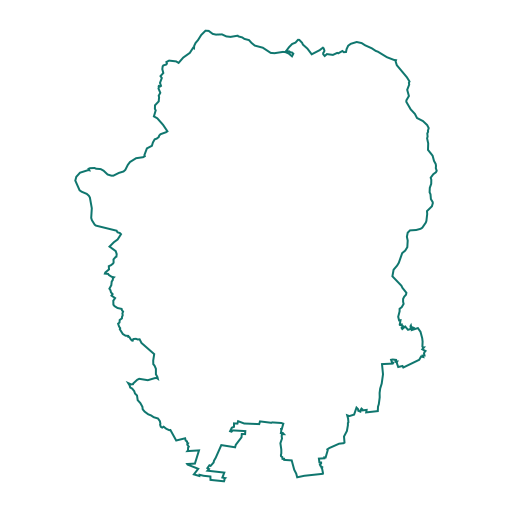 outline of Runcu, Gorj, Romania
{"feature_id": "2599482B30652708585896", "entity_name": "Runcu", "entity_type": "district", "adm_level": 2, "iso_a3": "ROU", "parent_name": "Romania", "parent_adm1": "Gorj", "projection": "natural_earth1", "projection_center": [23.13, 45.185], "detail": "fine", "context": "isolated", "style": "outline", "palette": "teal", "viewbox_px": 512, "rotation_deg": 0, "n_neighbors": 0, "source": "geoboundaries", "source_scale": "gbopen_adm2", "svg_char_len": 6008}
<svg xmlns="http://www.w3.org/2000/svg" viewBox="0 0 512 512"><path d="M322.8,473.8L323.0,473.2L322.0,468.1L321.5,467.8L321.2,466.8L321.6,466.7L320.5,465.9L319.9,464.6L321.1,463.5L321.1,462.5L319.4,462.4L318.9,458.6L324.3,458.3L324.3,457.4L325.6,457.5L327.7,450.3L327.3,449.4L329.4,448.0L339.1,443.7L343.6,443.2L344.5,442.6L344.0,436.5L346.9,431.0L347.9,425.3L347.9,423.0L348.4,422.3L348.1,418.6L347.2,415.3L349.3,416.1L354.1,414.6L356.5,407.6L358.0,409.1L358.3,410.8L360.3,411.6L360.5,410.2L361.5,408.6L362.3,409.3L362.4,410.4L366.6,409.9L366.2,412.4L377.8,411.1L378.0,406.7L378.8,404.2L379.7,397.4L379.6,392.9L380.2,388.5L381.7,383.6L383.0,374.3L382.0,364.1L392.7,363.6L393.3,362.8L391.8,361.9L391.1,359.8L392.7,359.5L396.1,359.9L396.3,360.7L395.5,361.3L395.7,361.8L397.2,361.6L396.7,362.6L398.2,367.0L402.5,366.0L403.3,367.5L419.2,359.8L421.1,356.5L423.2,357.0L422.7,355.6L424.5,355.5L424.0,353.4L424.4,352.3L425.5,351.0L422.3,349.3L423.9,347.4L422.9,347.4L422.4,346.5L422.6,341.6L422.2,338.2L420.5,331.8L417.9,328.1L411.9,330.0L412.0,329.2L412.6,328.9L412.2,328.5L413.3,327.7L411.2,326.9L410.9,325.5L410.5,326.2L410.8,327.9L410.3,329.1L408.0,329.8L405.2,326.5L402.3,329.0L401.6,327.9L402.9,326.1L402.2,325.3L400.7,325.1L401.2,324.4L399.8,324.3L400.5,320.2L399.1,320.4L398.2,316.8L399.6,311.3L399.6,308.8L401.7,307.2L403.6,303.9L403.1,301.7L403.1,298.9L404.2,296.7L406.0,294.7L406.4,292.8L402.4,287.8L401.4,285.7L392.4,276.3L393.6,269.7L397.1,265.6L398.8,262.8L402.2,253.1L405.2,250.6L407.3,247.2L407.7,240.6L406.9,236.8L407.7,232.7L410.0,230.4L416.2,230.0L420.6,228.8L422.3,227.7L425.8,222.6L426.4,220.9L427.2,214.0L427.0,211.1L431.9,206.3L432.8,203.2L432.7,202.1L430.9,199.1L430.5,194.3L429.6,192.3L429.8,187.8L431.2,183.9L431.3,179.8L430.7,177.7L433.3,174.2L435.9,172.3L436.7,170.8L435.8,168.1L436.0,165.9L435.7,164.0L434.0,160.9L432.6,155.7L428.0,149.9L428.2,143.4L427.1,138.3L427.6,136.6L427.3,133.4L428.1,131.8L427.9,130.8L428.7,128.1L427.2,125.1L423.0,121.1L417.0,118.0L414.9,113.9L410.7,109.4L406.3,101.8L406.4,100.3L408.9,96.0L407.2,89.8L409.2,84.6L408.9,82.8L409.5,81.5L406.9,77.3L396.8,65.2L395.6,61.4L396.0,60.2L393.9,59.9L386.9,57.2L377.9,51.7L375.7,50.9L371.8,48.3L365.1,45.3L361.7,43.1L356.7,42.0L350.8,43.8L348.2,45.7L346.6,49.1L346.0,52.0L343.8,52.2L342.4,51.0L338.3,53.3L337.2,52.9L332.9,54.9L326.9,54.1L324.7,56.0L323.2,54.2L323.2,53.0L324.2,51.5L324.4,50.5L323.6,48.3L322.9,47.7L319.6,50.2L311.7,54.3L307.4,48.6L302.9,44.6L302.1,42.8L299.3,39.9L298.0,39.8L295.5,42.6L292.1,44.0L289.0,47.2L286.1,51.1L285.3,51.3L289.1,51.3L290.6,52.4L292.0,52.5L293.3,53.7L292.0,56.3L288.7,53.5L285.4,52.1L282.9,51.9L274.5,53.2L270.7,52.9L262.8,47.7L254.8,45.6L251.5,42.9L249.0,40.1L244.4,38.9L242.2,37.4L238.4,36.4L237.7,35.7L230.5,36.9L226.3,36.4L222.0,34.4L215.9,34.6L212.7,33.9L208.7,30.9L205.5,30.7L201.2,35.0L198.0,40.1L195.6,42.9L194.2,45.8L194.0,48.3L193.1,47.8L189.8,52.9L183.2,57.6L178.6,62.9L176.1,61.4L169.1,60.6L166.4,62.0L166.9,63.6L166.3,64.5L163.4,65.4L162.7,66.3L162.3,69.1L163.3,73.0L160.5,76.1L161.8,78.0L160.0,82.9L161.0,85.9L160.4,86.4L158.0,85.7L159.1,86.4L158.5,88.5L160.3,92.8L158.7,95.7L159.1,97.2L158.7,101.4L155.0,105.3L154.9,108.8L155.7,110.4L153.9,116.4L157.3,118.3L163.1,124.9L167.4,131.3L166.1,132.2L160.5,134.2L159.2,135.6L158.7,137.1L156.6,138.7L154.7,139.3L152.9,142.5L151.9,145.8L146.9,148.4L144.4,155.1L144.8,156.2L143.1,157.2L136.1,158.2L130.0,162.0L127.8,164.9L125.3,169.9L123.5,171.5L118.9,172.9L113.3,175.7L111.5,175.7L107.6,174.5L103.6,170.7L100.7,169.1L96.0,168.7L94.5,168.0L90.0,168.2L88.6,168.8L89.3,170.3L88.2,170.1L80.0,172.7L76.3,176.8L75.3,180.6L79.6,190.3L81.6,191.7L86.8,193.9L88.9,195.8L89.9,197.6L91.8,208.3L91.2,217.9L91.9,220.2L94.7,224.7L95.9,225.6L116.6,230.7L117.5,232.3L119.8,233.0L121.0,234.2L117.6,239.5L113.9,242.2L109.5,246.6L115.7,251.1L116.7,254.1L116.4,256.7L115.6,257.0L113.5,259.4L113.6,262.4L113.2,263.4L111.0,265.2L108.8,266.2L109.0,269.4L105.3,272.5L104.9,273.6L108.1,273.9L109.0,275.1L111.7,276.8L113.9,277.3L112.9,278.3L112.8,279.9L111.7,281.6L111.3,285.2L109.4,288.7L110.4,290.1L111.0,292.4L112.6,294.1L111.5,295.6L115.1,298.1L113.3,300.7L113.4,304.7L114.5,306.1L117.5,308.0L121.6,308.9L122.0,310.3L123.1,311.6L122.4,313.4L122.7,315.2L122.0,316.9L121.9,318.4L119.7,320.0L119.5,322.5L118.1,323.7L119.1,326.6L120.2,328.2L119.8,329.2L122.8,334.0L125.5,335.7L128.2,335.9L128.2,336.8L129.4,337.1L130.8,339.4L132.2,340.7L132.7,340.7L133.1,339.3L133.7,339.0L135.9,338.8L137.8,339.5L139.6,339.3L141.5,343.0L154.2,354.1L153.2,360.6L153.3,364.2L154.5,365.6L155.9,368.8L155.9,374.3L157.4,377.0L157.8,378.7L156.8,378.0L154.9,378.1L147.8,380.2L139.2,378.8L137.2,379.8L133.3,383.4L133.0,384.2L131.1,384.4L128.2,383.1L129.6,385.4L130.2,387.5L132.2,388.6L134.2,391.1L135.0,393.5L137.0,395.5L137.7,400.2L140.3,403.0L142.4,406.8L142.7,409.3L144.6,411.6L148.2,414.3L151.0,415.4L153.7,417.2L158.0,418.5L159.9,421.2L160.4,423.8L160.1,424.7L160.8,426.8L162.2,427.6L163.6,426.7L166.3,428.8L169.3,430.2L170.4,430.0L176.2,440.5L185.1,438.3L185.7,440.6L187.0,441.4L187.2,442.9L188.1,443.3L187.3,444.7L188.8,446.7L188.1,447.6L188.0,450.3L187.4,451.1L199.0,450.4L194.9,463.6L187.2,464.0L187.6,464.6L198.2,468.8L193.9,474.4L199.4,476.0L199.5,474.8L203.7,475.8L210.4,476.5L210.5,479.9L224.0,481.3L224.5,479.9L224.4,478.8L225.2,478.1L222.4,477.5L224.3,472.6L207.5,470.7L209.0,469.0L207.4,468.1L209.4,465.3L210.6,465.9L213.6,462.5L214.0,460.7L215.7,457.8L221.3,445.1L235.1,447.3L235.8,444.8L241.5,437.3L241.8,434.0L245.1,434.1L245.3,431.1L232.8,430.4L231.5,431.7L230.1,431.2L231.8,427.7L234.0,426.8L234.0,423.4L237.4,423.6L238.1,421.2L244.2,423.5L259.2,424.1L260.0,421.4L271.3,422.8L272.2,422.4L281.3,423.0L283.3,423.7L281.8,429.0L281.1,429.0L281.3,430.8L280.9,433.0L282.8,433.0L283.9,434.2L281.9,434.2L281.7,436.3L282.0,438.5L280.4,443.2L281.3,449.6L281.3,453.4L280.9,455.1L281.1,456.3L282.3,457.1L282.5,458.9L284.1,458.8L284.2,459.9L291.7,460.4L294.2,469.7L296.2,473.6L297.2,477.3L304.2,475.8L322.8,473.8Z" fill="none" stroke="#0f766e" stroke-width="2"/></svg>